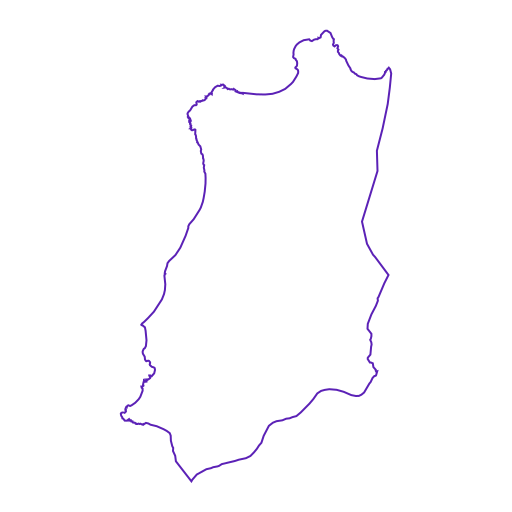 outline of Ilocos Norte, Ilocos Norte, Philippines
{"feature_id": "2640588B45258001695711", "entity_name": "Ilocos Norte", "entity_type": "district", "adm_level": 2, "iso_a3": "PHL", "parent_name": "Philippines", "parent_adm1": "Ilocos Norte", "projection": "orthographic", "projection_center": [120.646, 18.219], "detail": "fine", "context": "isolated", "style": "outline", "palette": "violet", "viewbox_px": 512, "rotation_deg": 0, "n_neighbors": 0, "source": "geoboundaries", "source_scale": "gbopen_adm2", "svg_char_len": 5932}
<svg xmlns="http://www.w3.org/2000/svg" viewBox="0 0 512 512"><path d="M369.4,383.5L370.6,382.1L372.6,377.9L374.4,376.0L375.6,375.8L376.1,375.2L377.2,371.3L376.2,371.6L375.7,370.7L375.8,369.8L373.4,367.1L372.8,363.3L370.9,362.5L369.9,362.5L367.7,359.0L367.8,357.7L370.4,354.6L371.1,346.8L371.6,344.5L371.3,342.3L370.2,339.8L370.8,338.8L371.4,336.2L371.4,333.8L367.5,328.8L367.8,323.8L371.4,314.4L375.9,305.8L377.9,300.7L377.6,298.3L378.5,297.0L384.4,283.1L388.5,275.0L375.1,257.0L373.0,254.7L367.0,243.8L362.0,221.6L377.5,171.0L376.9,150.7L382.6,128.5L387.7,104.1L389.8,87.8L391.2,73.5L390.1,69.3L388.8,67.7L387.9,68.8L387.5,68.8L386.8,70.3L386.0,70.7L385.6,72.1L385.0,72.1L385.0,72.8L384.3,74.6L381.7,77.8L380.9,78.3L374.7,79.1L367.3,78.5L361.2,77.0L359.0,76.3L357.0,75.2L356.4,74.2L355.0,73.7L353.8,72.4L352.5,71.9L351.5,71.0L350.6,69.5L350.4,68.4L348.4,65.4L346.2,60.8L346.0,59.7L345.1,58.4L343.4,56.8L342.5,56.3L342.2,56.5L341.7,55.7L341.2,55.8L341.0,55.3L340.4,55.5L339.3,54.2L338.9,53.0L337.9,51.8L337.9,50.7L338.5,49.7L337.4,48.3L338.1,46.5L337.8,45.5L337.1,45.1L336.0,45.2L334.5,46.4L333.3,45.5L333.0,44.5L333.8,42.8L333.6,40.9L333.9,39.2L333.2,38.8L332.1,37.0L330.5,33.0L327.0,30.7L325.3,30.8L324.3,31.4L321.0,34.9L320.6,37.4L319.0,38.2L318.4,37.9L318.4,38.4L317.5,39.2L315.8,39.2L314.0,39.7L311.9,41.1L310.3,40.6L309.2,39.3L303.7,40.2L299.4,42.4L296.9,44.5L295.7,46.0L294.2,48.9L293.7,50.5L293.4,53.0L293.6,54.2L293.1,57.0L293.9,58.1L295.5,58.8L295.9,60.0L296.9,61.2L297.2,63.1L297.0,65.4L296.6,66.3L295.5,67.3L295.3,67.8L295.6,68.4L297.1,69.2L298.0,70.2L298.2,71.5L298.1,73.1L296.4,76.5L293.0,81.9L291.0,84.0L285.2,88.9L279.2,91.8L272.5,93.8L265.1,94.5L256.4,94.3L243.3,92.9L241.7,92.9L242.0,93.4L240.4,92.8L240.3,93.1L239.6,93.0L237.4,92.1L237.9,92.0L237.3,91.8L237.2,91.2L236.2,91.5L235.6,91.2L235.5,90.1L234.3,89.3L233.6,89.5L233.5,89.2L233.1,89.6L231.9,89.2L230.0,89.4L229.2,89.0L228.8,88.7L227.7,89.1L226.8,88.0L225.6,87.4L224.9,87.5L225.4,87.1L225.2,86.9L224.6,87.1L224.1,85.8L224.6,86.0L224.7,85.8L223.0,84.5L222.2,84.9L221.5,84.8L221.6,85.0L220.8,85.7L219.4,86.0L217.7,85.7L215.1,87.2L212.9,89.7L212.9,90.3L211.8,91.7L211.6,93.0L211.9,93.4L211.8,94.2L211.0,93.5L210.4,93.6L210.3,93.3L209.5,93.6L209.5,94.3L208.8,94.4L208.7,95.0L207.3,96.3L206.1,96.4L206.5,96.8L206.4,98.1L205.6,98.1L205.8,98.7L204.7,100.0L203.6,100.5L202.6,100.3L202.1,100.9L200.4,101.1L200.3,101.7L199.1,101.7L198.9,101.4L198.4,101.6L197.6,101.1L196.6,101.8L196.3,102.5L196.7,104.2L196.6,104.7L196.0,105.2L194.3,105.2L192.4,106.6L190.1,110.4L188.7,111.6L187.6,113.3L187.5,114.0L188.3,116.4L187.8,116.8L187.8,117.0L188.3,117.5L188.6,117.3L189.5,117.8L189.8,118.4L189.6,118.5L190.1,118.7L190.6,120.2L189.7,120.0L189.5,120.4L189.4,119.9L189.2,120.4L189.2,120.8L189.7,120.6L189.8,121.2L190.2,120.6L190.5,120.8L190.3,121.9L189.7,122.4L190.1,122.7L190.0,123.7L190.6,124.1L190.3,124.7L191.0,125.5L190.8,125.9L191.2,127.2L190.8,127.2L190.9,126.8L190.5,127.0L191.0,128.1L190.5,128.5L191.1,128.6L191.1,129.6L191.8,130.2L192.6,130.2L194.2,129.5L194.9,129.4L195.4,129.8L195.2,134.3L195.8,135.2L196.1,137.0L196.0,138.1L196.6,139.2L196.4,139.7L197.4,141.8L197.2,142.4L198.0,143.0L198.5,144.5L200.3,146.3L201.2,149.5L200.8,151.0L201.3,153.6L202.5,154.4L202.9,155.7L203.1,158.6L203.5,159.1L203.7,160.8L203.2,163.3L203.5,164.5L204.2,165.1L203.8,167.7L204.4,170.3L204.3,171.6L205.4,173.7L205.6,178.1L205.5,183.7L204.7,191.8L203.6,198.2L202.8,201.9L200.8,207.6L199.6,209.9L193.7,219.2L189.3,224.2L188.3,226.3L188.3,228.0L185.6,235.8L180.3,247.7L175.4,255.1L169.2,260.9L167.5,263.2L167.0,266.1L165.1,271.1L164.7,273.3L164.9,273.8L165.0,273.3L165.4,273.8L164.7,274.4L164.4,275.7L165.3,284.3L164.9,290.1L164.0,294.1L161.9,299.4L153.9,311.7L147.9,318.2L144.0,322.0L142.2,323.4L141.3,324.7L141.5,325.1L143.0,325.6L143.6,326.4L144.5,326.8L145.0,327.7L145.6,330.8L146.5,340.3L145.9,346.1L144.8,348.2L143.8,348.8L142.9,350.7L142.6,351.9L142.9,353.7L144.7,356.7L145.0,359.5L145.8,360.8L146.3,361.2L148.2,360.7L149.0,360.9L150.1,362.3L150.1,363.2L149.7,364.3L150.0,365.2L151.8,366.8L153.8,367.4L154.7,368.1L155.0,369.9L154.2,373.3L153.1,374.7L152.8,374.7L151.7,376.3L150.7,376.7L150.0,376.0L150.3,375.6L149.6,374.9L150.2,375.6L149.8,376.1L149.1,375.4L148.3,375.6L149.0,375.5L150.0,376.4L150.1,378.1L148.5,379.3L147.2,379.4L147.8,379.7L146.5,380.6L146.5,381.6L144.8,381.8L145.3,380.8L144.0,380.2L144.0,380.9L144.9,381.3L144.8,381.6L143.8,381.3L143.5,382.1L142.9,382.0L143.5,382.2L143.0,384.9L143.0,385.0L143.2,384.7L143.2,385.8L142.9,385.8L143.1,385.9L142.5,386.5L141.4,386.5L141.7,387.8L142.6,388.6L142.6,390.8L140.3,396.8L138.7,399.2L135.2,402.8L131.6,405.3L130.1,406.0L128.4,405.3L127.5,405.7L127.1,406.5L126.5,406.7L126.6,407.3L126.2,407.2L125.5,408.5L125.8,409.4L125.4,409.6L125.3,409.2L125.3,409.8L125.7,410.1L126.0,411.2L125.4,412.2L124.6,412.8L123.7,412.3L123.8,412.0L123.6,412.3L121.4,412.8L120.8,413.7L121.2,415.7L122.2,417.2L122.4,418.4L123.3,418.7L124.7,420.6L127.1,420.7L127.7,420.5L127.8,420.0L128.9,419.2L129.3,420.4L129.8,419.9L130.2,420.4L130.9,420.3L131.1,421.3L132.4,421.3L132.4,422.0L133.1,422.6L133.4,422.4L135.0,422.8L135.4,423.4L135.8,423.3L136.2,424.0L137.6,424.0L138.3,423.6L139.6,424.0L140.4,423.7L142.3,424.6L143.1,424.1L143.4,424.6L145.9,422.9L148.4,423.5L150.5,424.7L156.7,426.2L163.6,429.2L166.7,430.9L169.7,433.1L170.7,435.6L170.9,440.8L172.3,446.3L173.2,447.9L173.0,451.0L175.2,455.8L175.9,461.3L191.4,481.3L192.4,479.6L196.8,474.5L206.4,469.2L210.9,468.2L213.2,467.2L217.5,466.4L219.0,465.9L221.8,464.1L235.2,460.9L238.8,459.7L245.9,458.2L250.4,456.0L254.1,452.2L256.9,448.8L259.0,445.5L261.4,442.8L263.7,435.8L268.9,425.8L272.9,422.7L276.5,421.2L282.4,420.3L286.2,418.7L289.6,418.3L292.5,417.1L296.4,416.1L300.8,412.4L309.4,403.7L313.3,399.1L317.3,393.4L321.1,390.9L324.7,389.9L329.3,389.2L336.6,389.8L343.7,391.8L351.3,395.1L355.9,396.0L358.9,395.9L361.4,394.7L364.1,392.5L369.4,383.5Z" fill="none" stroke="#5b21b6" stroke-width="2"/></svg>